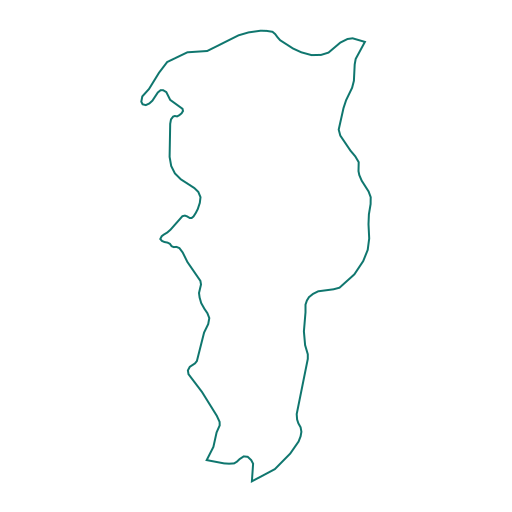 outline of Bolivar
{"feature_id": "ECU-1277", "entity_name": "Bolivar", "entity_type": "Province", "adm_level": 1, "iso_a3": "ECU", "parent_name": "Ecuador", "parent_adm1": "", "projection": "mercator", "projection_center": [-79.147, -1.678], "detail": "fine", "context": "isolated", "style": "outline", "palette": "teal", "viewbox_px": 512, "rotation_deg": 0, "n_neighbors": 0, "source": "natural_earth", "source_scale": "10m", "svg_char_len": 1894}
<svg xmlns="http://www.w3.org/2000/svg" viewBox="0 0 512 512"><path d="M364.9,41.9L355.7,58.9L354.7,64.4L353.9,80.8L352.1,87.8L346.1,100.2L343.5,108.1L338.7,129.6L340.3,135.6L350.5,150.7L355.3,156.4L358.7,162.2L358.5,171.2L359.3,175.1L361.7,180.7L368.6,191.5L370.7,197.2L370.6,204.1L368.9,214.3L368.5,224.2L369.2,238.5L367.7,249.9L363.2,261.1L354.4,274.3L339.5,287.7L333.5,289.3L318.2,291.3L313.0,293.9L309.0,297.1L306.9,300.5L305.5,304.6L305.5,312.3L303.9,331.4L305.1,345.1L307.8,354.3L307.8,358.9L296.7,414.1L297.1,419.5L298.4,423.4L300.6,427.3L301.4,431.8L300.6,436.3L298.6,441.5L290.2,453.6L274.9,469.1L251.9,481.3L253.1,463.7L251.2,460.1L247.7,456.8L243.7,456.4L239.6,459.1L236.9,461.7L234.1,463.4L229.2,463.7L224.1,463.4L206.7,460.1L213.4,446.9L216.6,432.4L219.7,425.4L219.6,421.9L216.8,415.8L202.0,392.0L188.5,374.2L187.9,370.4L189.8,366.8L195.0,363.4L196.9,361.0L204.1,332.5L208.2,324.1L209.3,318.1L207.4,313.2L204.4,308.8L201.2,303.1L199.6,297.5L199.0,293.0L201.0,284.5L200.4,280.9L187.4,262.0L182.7,252.5L179.4,248.1L176.5,246.9L173.7,247.1L171.6,246.2L169.9,243.8L167.5,242.6L164.4,242.0L161.9,240.9L160.3,239.0L161.7,236.2L163.8,234.6L167.3,232.5L170.5,229.7L182.4,216.2L184.9,215.6L187.1,216.4L189.7,218.0L191.6,218.0L193.5,216.5L195.8,212.9L197.8,209.0L199.8,202.9L200.5,197.2L198.3,191.9L194.4,188.1L180.8,179.3L174.9,173.4L171.2,166.0L169.6,156.9L170.2,123.8L171.0,119.4L173.1,116.6L174.8,116.0L177.1,116.4L179.3,115.2L181.6,113.3L183.0,111.0L182.5,108.8L170.2,99.9L166.3,92.1L163.1,90.2L160.6,90.2L157.8,92.5L152.4,100.7L149.3,103.5L145.8,105.1L142.6,104.3L141.3,101.7L142.3,96.4L149.0,89.0L159.1,72.6L167.2,62.0L187.4,52.3L207.2,51.0L238.6,35.3L248.6,32.4L260.7,30.7L266.7,30.9L272.5,31.8L275.2,34.1L277.4,37.1L280.1,40.2L293.0,48.5L301.3,52.3L311.5,55.1L321.1,54.9L328.5,52.6L340.3,42.6L347.5,39.0L352.6,38.3L364.9,41.9Z" fill="none" stroke="#0f766e" stroke-width="2"/></svg>